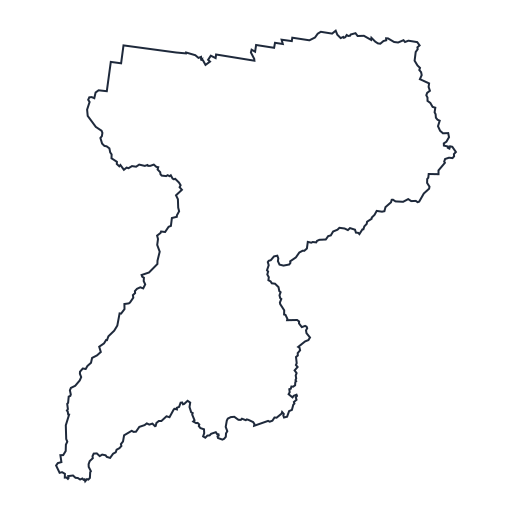 outline of Southern Downs, Queensland, Australia
{"feature_id": "25037944B10938266492584", "entity_name": "Southern Downs", "entity_type": "district", "adm_level": 2, "iso_a3": "AUS", "parent_name": "Australia", "parent_adm1": "Queensland", "projection": "mercator", "projection_center": [152.017, -28.502], "detail": "fine", "context": "isolated", "style": "outline", "palette": "slate", "viewbox_px": 512, "rotation_deg": 0, "n_neighbors": 0, "source": "geoboundaries", "source_scale": "gbopen_adm2", "svg_char_len": 5966}
<svg xmlns="http://www.w3.org/2000/svg" viewBox="0 0 512 512"><path d="M454.1,156.3L453.9,154.1L455.9,152.0L452.3,146.8L450.1,146.3L449.4,148.6L447.8,147.8L447.9,146.5L443.9,145.6L443.8,143.4L446.4,141.7L449.0,137.2L448.2,133.1L443.0,133.3L440.1,130.8L438.0,126.2L439.7,120.7L437.5,119.7L435.9,117.7L435.6,114.2L434.6,112.3L435.3,107.7L432.6,106.9L430.3,102.9L427.5,100.9L427.5,97.6L426.3,95.2L427.2,92.8L429.9,90.8L428.6,86.9L429.1,83.4L419.9,79.2L421.7,75.1L421.1,72.2L419.3,70.0L420.0,67.9L417.5,65.5L414.6,60.7L415.7,52.0L417.7,49.2L417.4,47.3L419.6,45.4L417.2,42.1L408.4,40.7L405.0,42.0L403.5,40.2L398.1,42.5L394.1,42.0L388.0,38.4L386.1,38.3L386.2,40.3L383.5,41.0L380.3,43.7L377.9,43.4L375.3,41.7L371.4,37.8L371.1,39.9L363.9,35.8L357.6,36.0L355.5,33.2L350.7,34.5L350.1,35.7L348.2,36.0L346.7,35.0L345.3,37.2L343.9,37.8L343.3,36.9L340.7,38.1L337.3,34.7L335.7,30.7L332.1,33.6L320.8,31.8L317.7,33.7L315.0,37.5L309.4,40.3L292.3,37.7L291.8,41.1L281.6,39.7L282.8,44.0L275.0,42.8L274.1,47.8L256.1,45.0L255.1,51.7L251.6,49.7L250.9,52.5L254.2,58.8L254.4,60.7L216.1,54.5L215.6,58.1L210.8,55.7L208.1,59.8L210.0,61.6L205.5,64.9L202.9,60.2L201.6,59.9L202.0,58.8L201.1,59.0L201.0,56.9L198.5,57.9L195.3,55.2L186.1,52.5L186.0,53.4L176.1,52.5L123.5,45.4L121.1,63.3L110.8,61.9L106.8,91.2L98.6,90.3L95.6,92.5L94.3,98.2L91.7,97.1L89.3,97.3L88.2,99.8L89.6,102.0L87.1,109.6L87.7,115.9L95.8,126.9L101.6,130.8L102.4,132.9L101.9,136.1L100.4,138.0L102.1,143.6L104.4,145.9L106.6,146.3L109.4,148.4L110.2,152.4L111.6,154.4L111.5,158.3L116.9,161.8L116.8,164.0L119.3,166.3L120.4,165.0L123.9,169.8L126.6,167.6L128.5,168.2L132.0,166.1L136.1,166.7L139.2,164.6L144.8,165.9L147.5,165.0L148.1,165.9L150.1,165.9L153.8,164.6L156.4,166.9L158.2,167.2L157.6,169.5L160.2,172.2L160.5,174.3L161.7,175.6L166.2,176.1L167.6,175.2L169.7,176.2L170.8,175.3L172.6,178.6L173.9,179.3L175.2,178.8L179.0,182.6L180.6,185.2L179.6,187.2L181.9,189.8L176.0,195.3L177.9,199.2L178.2,207.6L179.1,211.3L176.9,215.3L176.8,216.8L171.9,218.0L170.9,225.9L168.6,226.8L165.1,232.0L161.1,231.5L160.5,233.0L157.1,235.6L158.0,239.0L157.2,244.9L159.7,251.7L157.5,260.7L157.4,264.0L149.0,272.5L141.6,275.0L142.2,276.7L143.9,277.7L143.7,281.1L145.2,284.4L143.2,288.4L140.3,287.3L137.0,288.8L134.9,291.1L135.1,293.1L132.9,295.1L133.3,297.7L130.0,302.5L128.8,303.4L124.4,304.0L124.5,309.1L121.1,313.6L119.6,313.4L117.3,325.6L114.2,330.7L108.4,336.3L107.0,340.1L106.1,340.0L104.0,343.4L99.2,346.7L100.8,352.0L97.0,355.4L92.1,357.9L91.0,362.8L87.4,366.0L85.7,369.0L82.8,368.5L80.0,371.7L79.9,373.8L81.2,377.1L79.7,380.5L75.2,385.8L70.9,387.9L69.9,390.3L70.8,394.5L70.3,395.9L68.7,396.6L68.1,402.8L67.2,403.9L67.9,409.1L66.9,410.6L67.7,411.4L68.2,414.4L69.1,414.6L65.8,425.3L66.2,439.0L67.3,441.7L65.9,444.6L65.7,451.0L63.2,455.1L60.4,455.2L61.4,462.1L57.8,463.1L56.1,465.5L59.6,472.8L62.1,472.2L64.9,473.8L64.8,477.6L66.4,477.5L67.9,478.9L68.6,478.0L68.2,476.1L73.0,475.5L75.5,477.8L77.8,478.0L80.1,479.5L82.4,478.5L83.5,479.8L84.6,479.3L85.2,481.3L87.0,479.1L88.3,479.6L89.9,477.9L90.2,472.2L90.9,471.2L88.7,466.9L88.6,464.2L89.7,461.1L92.8,458.2L92.5,456.2L93.7,453.6L96.8,453.4L99.7,456.1L102.2,454.6L105.6,455.3L106.8,456.9L110.1,457.9L113.1,453.7L115.7,452.3L116.6,449.7L119.4,448.2L121.4,446.0L120.9,444.1L123.0,441.5L124.1,435.3L131.7,430.8L133.6,431.9L136.0,431.7L139.3,426.9L144.6,425.1L146.8,423.4L149.3,424.6L152.4,423.6L155.0,426.2L155.7,425.9L156.4,423.0L158.8,421.0L161.4,421.0L166.5,416.3L169.5,417.2L173.6,409.7L174.4,408.8L176.9,409.4L176.8,407.8L179.1,406.9L180.6,402.7L182.2,402.5L183.0,404.3L184.1,404.0L187.6,400.8L190.2,402.6L189.5,407.0L191.2,412.3L192.7,413.1L192.2,414.6L194.5,420.2L193.2,421.5L196.1,423.1L197.6,422.9L199.3,424.5L198.8,426.1L200.4,428.1L204.0,429.3L204.2,433.2L203.1,436.4L205.3,437.7L207.4,435.6L209.6,435.4L211.1,433.8L215.8,432.2L217.0,434.0L218.5,434.3L218.7,435.6L217.5,436.3L218.0,438.0L222.4,439.6L224.1,438.8L225.8,436.8L226.0,433.4L227.3,431.2L225.7,426.9L226.8,420.6L227.8,418.6L230.8,417.1L234.3,416.8L238.4,419.8L240.8,419.9L241.9,418.7L245.8,420.2L246.8,419.4L248.5,419.9L253.2,422.1L254.4,424.0L254.1,425.8L268.1,420.9L269.7,421.7L272.4,420.7L274.5,417.5L276.6,417.7L281.6,413.6L282.1,412.0L283.8,414.0L283.3,415.5L284.0,417.5L287.1,416.7L289.1,411.1L291.9,409.9L293.3,404.7L294.4,403.6L293.9,402.0L296.5,399.8L295.8,397.4L297.0,395.9L296.5,394.7L293.7,395.8L292.5,397.4L288.6,394.2L289.7,392.2L289.3,389.2L290.8,388.7L291.4,386.5L293.1,386.7L295.1,385.3L295.3,382.1L296.2,381.2L295.5,380.1L296.2,378.4L295.7,375.5L296.6,373.1L294.6,370.4L297.6,367.0L295.9,365.0L296.7,363.2L296.0,357.0L297.8,355.5L297.7,353.1L300.1,350.3L299.5,347.7L298.2,346.9L305.1,341.4L308.4,340.1L310.0,337.5L306.5,333.2L306.0,330.4L307.2,328.2L306.6,326.7L305.1,325.9L301.8,327.1L299.0,323.4L299.1,321.5L297.1,320.0L287.1,320.2L287.4,318.9L285.5,314.9L284.1,314.5L284.2,310.3L280.2,304.1L279.9,302.5L281.3,299.0L280.2,298.1L279.5,295.3L280.6,292.2L279.3,291.1L278.5,287.1L275.0,283.7L271.8,283.3L270.6,281.4L268.4,280.2L268.8,277.2L267.3,274.5L268.1,271.5L267.0,270.3L268.7,265.2L267.8,262.1L268.7,260.8L270.8,260.2L274.0,256.4L277.3,255.7L278.3,258.4L277.9,261.1L279.5,264.6L283.5,265.6L289.2,264.5L290.4,262.9L290.2,261.3L295.9,257.4L299.3,252.5L302.7,250.7L304.3,250.8L306.9,248.5L307.8,241.9L311.3,242.7L312.7,242.0L316.2,242.4L317.0,240.9L319.4,239.8L325.8,239.5L328.2,236.1L330.8,235.4L333.1,231.5L337.5,229.7L339.4,227.8L344.6,228.5L347.9,230.1L350.0,228.1L355.0,229.7L355.9,232.6L358.3,232.9L359.4,234.1L362.4,229.4L363.4,229.3L364.3,226.4L366.7,223.9L367.1,221.7L371.6,218.8L371.8,217.5L374.5,214.9L376.7,210.9L382.0,211.7L384.4,211.2L385.5,207.1L391.0,202.3L391.7,199.8L392.9,199.7L395.5,201.4L403.1,201.8L408.2,199.1L411.2,201.1L415.8,200.9L417.6,202.2L419.2,201.6L423.8,193.5L429.1,188.7L429.5,186.7L427.1,182.9L427.2,179.0L428.3,177.7L428.7,174.0L438.5,174.2L438.5,170.4L444.9,162.8L444.2,161.6L445.1,159.0L449.0,157.7L452.5,158.1L454.1,156.3Z" fill="none" stroke="#1e293b" stroke-width="2"/></svg>